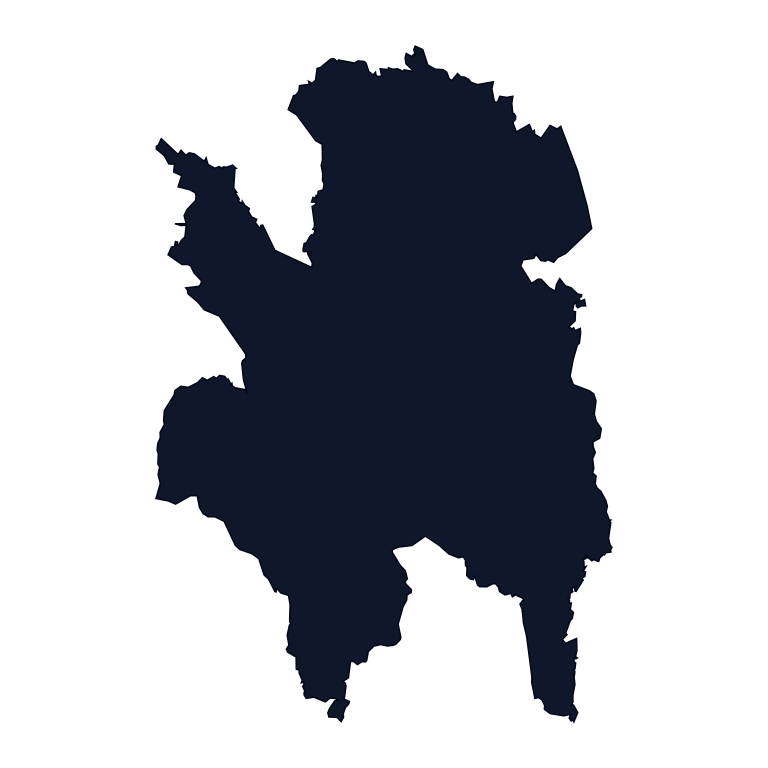 outline of Concepción de Buenos Aires, Jalisco, Mexico
{"feature_id": "50627088B63447135743237", "entity_name": "Concepción de Buenos Aires", "entity_type": "district", "adm_level": 2, "iso_a3": "MEX", "parent_name": "Mexico", "parent_adm1": "Jalisco", "projection": "equal_earth", "projection_center": [-103.238, 19.979], "detail": "fine", "context": "isolated", "style": "filled", "palette": "ink", "viewbox_px": 768, "rotation_deg": 0, "n_neighbors": 0, "source": "geoboundaries", "source_scale": "gbopen_adm2", "svg_char_len": 6072}
<svg xmlns="http://www.w3.org/2000/svg" viewBox="0 0 768 768"><path d="M157.8,443.4L157.1,450.5L158.3,453.4L157.9,464.1L159.7,466.7L158.1,474.5L160.3,483.4L156.0,498.5L168.5,501.0L175.6,504.1L190.4,495.7L197.2,495.7L199.5,507.5L203.1,513.6L208.2,516.8L214.9,516.8L224.1,521.3L235.3,545.3L239.8,549.5L251.9,553.7L258.8,558.7L264.1,575.0L268.6,579.1L274.9,591.6L276.1,591.9L276.3,589.0L277.3,589.0L280.9,593.0L288.5,595.4L290.1,604.7L289.6,621.4L290.7,624.0L289.4,625.2L287.2,635.3L288.9,645.1L286.3,649.1L287.7,652.2L296.1,657.0L296.3,669.2L299.2,670.2L299.1,673.0L302.3,680.3L301.3,682.8L303.6,682.2L303.9,685.0L302.7,686.3L305.2,692.2L304.1,692.5L304.1,694.9L306.2,698.3L313.9,697.2L325.4,701.9L330.0,698.1L335.4,698.5L338.3,700.5L334.8,700.7L329.5,708.6L327.8,712.9L328.9,717.0L336.9,717.3L341.1,721.6L343.5,717.3L343.3,713.6L345.3,707.8L348.8,703.8L349.5,701.4L344.2,699.3L346.0,686.0L345.4,683.4L343.2,681.2L348.4,677.8L350.5,661.4L353.7,661.6L357.4,664.6L362.1,661.6L365.4,661.9L366.6,660.7L368.3,651.6L373.9,646.1L380.7,644.6L387.6,646.0L393.0,645.3L395.6,644.4L400.3,639.5L400.8,637.2L398.1,624.2L403.1,606.7L406.7,600.0L407.0,595.0L411.1,592.5L411.5,589.9L405.2,583.2L405.8,580.3L407.4,579.0L405.3,570.8L400.4,565.6L392.2,552.2L392.5,549.6L398.4,547.1L412.0,545.5L425.3,536.1L439.3,545.4L449.0,554.1L458.9,557.8L462.7,556.8L464.0,557.9L465.4,560.1L465.5,565.4L467.1,567.6L466.7,575.6L469.9,578.8L473.2,579.6L474.7,576.2L477.6,585.0L479.5,586.6L486.8,586.8L492.6,583.8L495.7,583.8L498.4,587.1L499.6,591.5L505.0,594.9L510.2,593.5L510.3,592.1L512.4,596.8L515.4,594.9L523.9,598.8L520.0,604.1L522.1,609.3L523.5,622.9L526.6,636.2L531.9,677.1L531.7,682.2L534.9,698.4L538.4,697.6L541.8,699.7L544.7,705.5L544.4,709.3L550.2,713.6L563.9,715.8L570.5,714.2L569.2,718.1L571.2,721.0L572.6,719.6L573.9,721.9L577.7,712.6L573.6,705.1L571.5,704.6L572.9,702.3L572.9,695.1L574.9,684.5L574.1,677.3L574.9,671.8L573.7,669.2L574.9,669.1L575.7,662.9L574.5,662.5L573.8,660.0L575.4,657.0L576.0,658.7L577.3,657.9L575.5,656.7L576.9,650.8L576.6,638.5L565.6,643.3L562.4,639.6L567.0,634.5L565.6,633.3L570.2,620.7L572.3,618.3L573.4,612.4L570.3,609.6L571.3,603.0L569.3,603.0L569.5,600.6L568.1,598.8L569.7,598.5L570.1,593.4L572.8,591.7L572.0,589.9L572.9,587.2L574.4,587.1L575.0,591.1L576.1,591.4L583.2,580.0L581.8,578.2L584.8,576.4L585.6,572.0L583.3,571.1L586.0,566.5L584.1,567.3L583.9,561.3L582.8,559.9L586.8,558.0L586.0,555.8L591.9,560.8L593.4,559.6L598.7,561.5L599.7,558.1L603.2,554.7L604.4,555.0L606.0,552.7L610.9,552.0L610.5,549.9L612.0,547.6L610.1,544.9L608.5,538.4L610.8,522.7L609.7,521.2L610.8,520.1L609.3,519.9L606.1,511.8L607.4,506.3L605.8,500.4L600.9,491.4L597.1,488.0L595.2,483.8L596.1,476.0L592.6,473.0L593.8,468.4L592.6,458.8L595.3,452.5L593.1,446.3L593.0,441.8L599.7,438.2L601.3,428.7L596.3,421.4L594.3,414.0L596.0,400.9L593.7,393.9L589.4,390.8L573.3,384.7L570.1,376.0L573.2,359.4L577.3,345.2L579.4,343.1L580.6,333.3L580.3,328.4L575.2,330.7L573.6,327.8L572.0,329.0L568.8,326.7L575.1,320.9L575.5,311.7L572.5,310.9L573.7,304.6L576.3,302.1L576.3,306.1L577.8,307.8L581.5,305.9L585.6,305.9L584.5,299.5L579.8,301.5L579.5,297.6L581.5,296.6L581.6,294.6L577.9,294.2L571.1,287.8L565.4,285.8L559.7,278.6L556.5,284.5L555.2,291.2L549.1,287.6L541.2,279.3L538.0,279.2L531.5,283.4L520.7,265.9L523.1,259.8L533.8,258.3L536.0,254.4L540.8,260.5L545.4,261.2L547.9,259.8L553.7,262.3L557.5,257.6L565.6,253.5L591.7,228.6L587.0,205.5L577.4,170.5L560.7,126.3L557.3,129.0L550.0,125.5L541.1,138.2L534.7,134.2L534.3,130.3L532.5,131.9L529.3,124.5L516.4,131.9L512.8,122.5L515.5,119.4L515.7,116.2L514.0,113.5L512.8,114.0L511.8,103.3L512.9,96.3L506.9,97.4L499.8,96.3L497.5,102.1L494.4,101.9L491.9,88.9L493.3,81.8L477.5,84.6L471.0,82.3L468.7,79.4L464.5,77.1L460.6,76.8L457.6,73.5L452.0,80.3L449.3,79.0L446.7,72.1L442.8,69.6L435.3,69.2L427.7,64.9L422.8,49.6L415.2,46.1L413.8,49.6L415.6,56.2L414.0,54.2L411.4,56.4L406.3,53.4L405.1,58.0L406.0,63.8L413.1,70.6L412.3,71.3L404.1,69.8L403.5,71.6L397.8,68.8L392.4,69.2L388.5,67.8L388.2,69.5L380.1,68.8L381.7,75.8L377.7,76.7L375.9,74.9L375.5,72.2L373.2,75.0L368.8,71.6L366.1,63.2L364.2,61.5L358.0,60.9L354.5,63.0L338.6,60.0L337.0,61.6L333.9,58.6L330.8,59.0L320.3,67.6L317.1,68.4L315.5,80.3L311.9,83.4L308.6,81.4L309.4,83.5L308.0,84.5L299.5,85.6L298.9,91.2L295.7,95.2L293.5,95.7L288.2,109.6L296.6,114.8L315.8,140.8L322.2,144.3L322.5,159.7L321.2,165.4L322.7,173.5L322.5,180.5L324.1,183.8L323.1,189.8L318.2,191.4L317.3,199.3L317.2,195.5L316.2,195.4L315.3,198.1L313.0,197.4L311.5,202.0L316.5,202.2L315.3,204.7L312.1,206.5L314.4,223.5L314.4,227.0L312.8,229.3L314.9,230.2L314.8,231.9L313.0,235.2L311.6,234.7L309.3,237.3L306.4,243.0L304.2,243.3L302.9,250.0L303.4,251.6L311.2,251.6L310.9,254.5L309.0,252.6L307.7,252.4L307.7,253.8L312.3,263.1L311.8,267.5L274.9,250.3L262.7,225.1L260.8,225.5L260.9,228.3L259.2,227.5L255.3,222.6L256.7,219.3L251.7,217.0L248.5,211.4L249.3,208.5L244.9,205.4L242.2,201.2L241.9,203.5L238.4,201.4L239.2,199.0L235.1,192.5L236.6,192.3L233.7,187.8L235.0,168.2L236.0,168.2L232.6,165.1L226.7,167.2L223.2,166.9L222.4,168.5L219.2,166.6L214.7,168.2L208.0,164.4L206.1,157.9L204.4,161.3L194.4,153.9L189.1,152.8L185.9,155.4L181.1,150.3L178.0,154.4L161.3,138.7L158.5,144.7L156.3,146.5L156.3,149.0L164.3,155.7L168.9,164.0L174.5,164.1L173.6,172.0L181.7,175.7L178.1,186.8L189.8,189.8L195.3,192.8L196.0,196.2L195.6,200.5L186.8,209.8L184.1,215.6L186.2,223.6L174.9,223.8L181.3,225.6L186.2,225.2L184.9,237.1L181.6,239.9L178.6,245.3L177.3,245.2L177.6,242.1L175.5,241.6L174.4,246.5L171.4,247.1L168.1,254.8L182.1,264.6L187.6,264.4L190.7,265.9L194.1,273.1L201.5,280.8L200.8,284.2L198.9,286.3L185.8,287.9L187.4,289.9L188.1,293.9L197.7,301.9L204.3,309.8L219.3,316.1L245.6,353.9L245.8,358.0L242.5,360.9L241.8,363.4L243.4,379.3L247.1,393.1L245.2,389.6L235.1,387.8L232.2,385.7L231.9,383.3L231.0,384.3L228.1,379.0L227.2,380.0L224.8,376.4L219.6,375.4L216.4,378.4L213.6,376.6L207.2,380.3L202.4,377.7L197.7,382.5L188.4,387.3L180.9,386.3L175.1,390.4L174.0,395.2L164.4,410.5L163.6,420.4L164.3,424.5L160.1,432.4L160.3,437.7L157.8,443.4Z" fill="#0f172a" stroke="#020617" stroke-width="1.5"/></svg>